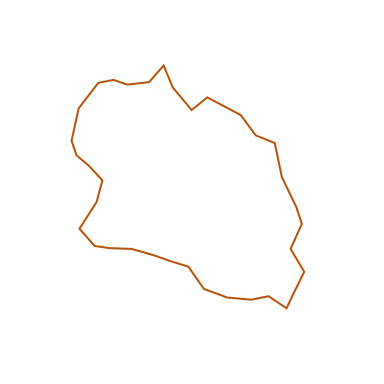 the district of Latsia, Nicosia, Cyprus, rotated 120°
{"feature_id": "46923920B51711954160874", "entity_name": "Latsia", "entity_type": "district", "adm_level": 2, "iso_a3": "CYP", "parent_name": "Cyprus", "parent_adm1": "Nicosia", "projection": "albers", "projection_center": [33.376, 35.094], "detail": "fine", "context": "isolated", "style": "outline", "palette": "amber", "viewbox_px": 384, "rotation_deg": 120, "n_neighbors": 0, "source": "geoboundaries", "source_scale": "gbopen_adm2", "svg_char_len": 601}
<svg xmlns="http://www.w3.org/2000/svg" viewBox="0 0 384 384"><g transform="rotate(120 192 192)"><path d="M108.2,144.8L111.1,165.1L101.0,188.3L102.4,226.1L121.2,233.3L111.1,260.9L96.6,279.8L118.3,284.1L131.3,301.6L134.2,316.1L144.3,327.7L157.0,329.4L176.1,332.0L207.9,321.9L218.0,310.3L220.9,294.3L226.7,275.4L248.4,269.6L280.1,271.1L287.4,249.3L281.6,234.8L271.5,215.9L265.7,192.7L262.8,176.7L258.5,157.9L270.0,133.2L265.7,108.5L255.6,86.8L244.0,73.7L245.4,52.0L228.1,53.4L205.0,54.9L192.0,78.1L164.6,81.0L153.0,94.0L134.2,121.6L108.2,144.8Z" fill="none" stroke="#b45309" stroke-width="2"/></g></svg>